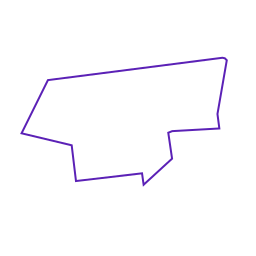 the district of Fada, Ennedi, Chad, rotated 263°
{"feature_id": "50815135B99861554638026", "entity_name": "Fada", "entity_type": "district", "adm_level": 2, "iso_a3": "TCD", "parent_name": "Chad", "parent_adm1": "Ennedi", "projection": "equal_earth", "projection_center": [20.845, 18.83], "detail": "fine", "context": "isolated", "style": "outline", "palette": "violet", "viewbox_px": 256, "rotation_deg": 263, "n_neighbors": 0, "source": "geoboundaries", "source_scale": "gbopen_adm2", "svg_char_len": 372}
<svg xmlns="http://www.w3.org/2000/svg" viewBox="0 0 256 256"><g transform="rotate(263 128 128)"><path d="M116.4,218.6L131.0,218.5L183.2,234.3L185.4,232.6L186.2,230.3L185.3,54.4L185.2,54.3L135.7,21.7L117.7,70.0L81.7,69.9L81.3,136.4L69.8,136.6L88.0,162.1L92.2,168.0L118.4,167.4L119.5,171.5L116.4,218.6L116.4,218.6Z" fill="none" stroke="#5b21b6" stroke-width="2"/></g></svg>